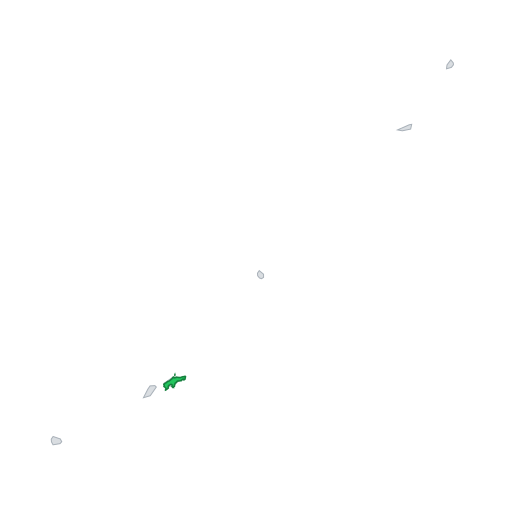 Saipan, Saipan, Northern Mariana Islands shown in context, rotated 42°
{"feature_id": "39175420B42755231479115", "entity_name": "Saipan", "entity_type": "district", "adm_level": 2, "iso_a3": "MNP", "parent_name": "Northern Mariana Islands", "parent_adm1": "Saipan", "projection": "equal_earth", "projection_center": [145.757, 15.191], "detail": "fine", "context": "in_parent", "style": "filled", "palette": "green", "viewbox_px": 512, "rotation_deg": 42, "n_neighbors": 0, "source": "geoboundaries", "source_scale": "gbopen_adm2", "svg_char_len": 3869}
<svg xmlns="http://www.w3.org/2000/svg" viewBox="0 0 512 512"><g transform="rotate(42 256 256)"><path d="M278.7,411.4L278.5,414.4L274.0,413.7L272.8,412.3L275.3,401.7L281.8,396.8L284.9,395.7L282.0,400.8L281.4,406.5L278.7,411.4ZM270.9,430.6L267.2,436.6L264.7,427.2L264.2,423.4L267.6,420.0L269.6,420.1L270.9,430.6ZM235.9,526.6L231.5,532.1L228.4,531.0L226.4,529.1L226.0,525.9L233.0,522.9L235.9,524.0L235.9,526.6ZM281.0,65.0L276.8,67.6L282.0,56.1L283.6,54.0L286.0,58.2L281.0,65.0ZM275.0,-14.9L272.3,-10.6L270.1,-13.8L269.5,-20.1L273.4,-19.5L274.8,-18.2L275.0,-14.9ZM275.3,269.2L273.3,270.0L270.5,269.6L268.6,267.8L268.2,264.7L273.8,264.5L275.9,266.8L275.3,269.2Z" fill="#d9dde1" stroke="#a8b0b8" stroke-width="1"/><path d="M273.3,412.9L273.3,413.0L273.5,413.1L273.8,413.1L274.0,413.3L274.6,413.8L274.8,414.0L274.8,414.3L274.8,414.5L275.0,414.6L275.5,414.5L275.6,414.4L275.8,414.4L276.1,414.4L276.5,414.5L276.8,414.5L277.0,414.5L277.3,414.5L277.5,414.6L277.9,414.8L278.1,415.3L278.2,415.6L278.2,415.9L278.3,416.0L278.5,416.2L278.7,415.8L278.8,415.2L278.8,414.9L278.8,414.7L279.0,414.3L279.1,414.0L279.1,413.9L279.1,413.6L279.1,413.4L279.2,413.0L279.2,412.8L279.2,412.7L278.8,412.5L278.5,412.3L278.4,412.2L278.2,412.0L278.1,411.6L277.9,411.3L277.8,411.0L277.8,410.8L277.8,410.7L277.8,410.4L277.9,410.2L278.0,410.1L278.0,409.9L278.1,409.7L278.2,409.4L278.3,409.2L278.4,408.9L278.5,408.8L278.5,408.7L278.5,408.4L278.6,408.2L279.4,407.9L279.6,407.8L280.1,408.0L280.3,408.3L280.4,408.5L280.5,408.8L280.6,409.1L280.9,409.2L281.1,409.2L281.2,409.3L281.4,409.3L281.4,409.1L281.5,409.1L281.9,409.3L282.2,409.4L282.3,409.3L282.2,409.3L282.2,409.2L281.9,408.9L282.0,408.7L282.2,408.3L282.2,408.0L282.3,407.8L282.6,407.5L282.6,407.4L282.3,407.0L282.1,406.8L282.1,406.7L281.8,406.5L281.8,406.4L281.6,406.2L281.6,405.9L281.6,405.6L281.4,405.4L281.2,405.0L281.1,404.9L281.0,404.7L281.0,404.2L281.1,403.8L281.3,403.8L281.3,403.7L281.4,403.4L281.4,403.1L281.3,402.9L281.2,402.7L281.1,402.3L281.3,402.1L281.3,401.9L281.3,401.6L281.5,401.6L281.6,401.3L281.7,401.1L281.9,401.0L282.0,400.9L282.1,400.7L282.2,400.4L282.3,400.4L282.4,400.2L282.5,400.2L282.8,400.0L282.9,399.9L283.0,399.8L283.0,399.7L283.2,399.4L283.3,399.2L283.5,399.1L283.8,398.8L283.9,398.7L283.8,398.4L283.7,398.3L283.6,398.2L283.7,397.9L283.7,397.7L283.8,397.6L284.0,397.4L284.0,397.2L283.9,397.0L283.9,396.9L283.9,396.7L284.3,396.2L284.5,396.4L285.1,396.5L285.3,396.4L285.4,396.2L285.5,395.9L285.6,395.6L285.6,395.2L285.6,394.8L285.4,394.8L285.3,394.6L285.1,394.3L285.0,394.1L284.8,393.6L284.6,393.2L284.5,393.3L284.4,393.3L284.4,393.2L284.1,393.0L284.0,392.9L283.9,392.8L283.7,392.9L283.7,393.0L283.5,393.4L283.3,393.6L283.1,393.9L283.0,394.0L282.9,394.2L282.6,394.4L282.6,394.5L282.4,394.7L282.3,394.9L282.2,395.0L281.8,395.6L281.6,396.0L281.4,396.2L281.4,396.3L281.4,396.5L281.2,396.9L281.1,397.0L280.7,397.4L280.3,397.5L280.2,397.8L279.9,398.0L279.7,398.1L279.3,398.3L279.1,398.3L278.9,398.5L278.7,398.8L278.3,399.1L278.3,399.3L278.2,399.4L278.1,399.5L277.8,399.7L277.7,399.6L277.6,399.8L277.6,400.0L277.6,400.3L277.4,400.4L277.0,400.5L276.9,400.8L276.9,401.0L276.8,401.3L276.7,401.3L276.4,401.5L276.2,401.5L276.1,401.4L276.0,401.1L275.8,401.1L275.7,401.1L275.6,401.3L275.5,401.5L275.5,401.8L275.6,402.6L275.6,402.8L275.6,403.2L275.6,403.3L275.7,403.5L275.6,404.1L275.5,404.5L275.5,404.8L275.4,405.2L275.4,405.3L275.4,405.6L275.3,406.0L275.2,406.6L275.1,406.9L275.1,407.0L274.9,407.4L274.9,407.5L274.6,408.0L274.3,408.4L274.2,408.6L274.2,408.8L274.2,409.0L274.2,409.3L274.2,409.6L274.2,409.8L274.1,410.0L274.0,410.3L273.9,410.7L273.9,410.8L273.8,411.0L273.6,411.4L273.5,411.7L273.5,411.9L273.6,412.0L273.6,412.3L273.6,412.6L273.4,412.8L273.3,412.9ZM275.1,398.4L275.2,398.7L275.3,398.8L275.4,398.6L275.1,398.4ZM284.1,396.6L284.1,396.8L284.2,396.6L284.1,396.6Z" fill="#22c55e" stroke="#15803d" stroke-width="1.5"/></g></svg>